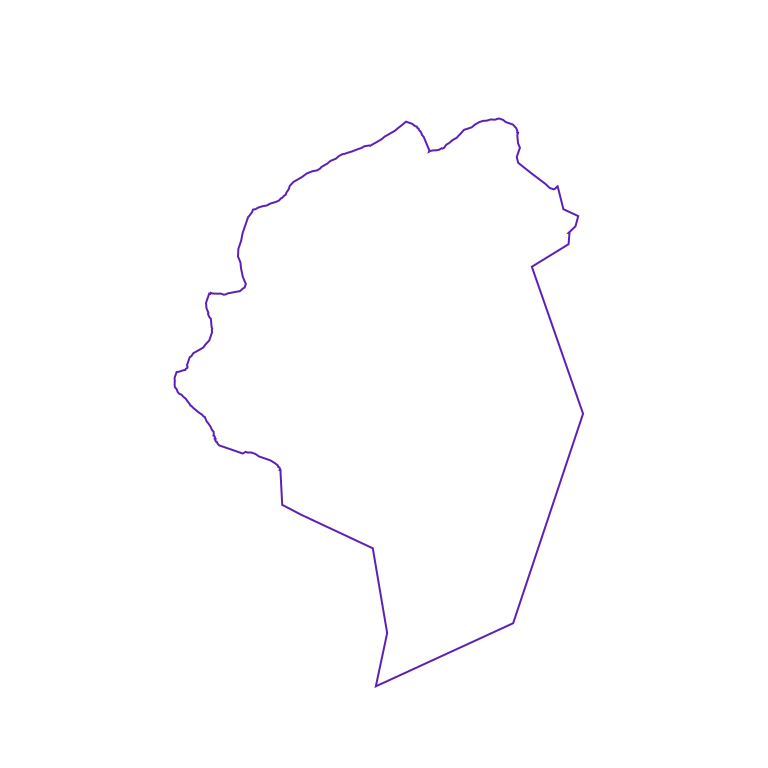 Karoi, Mashonaland West, Zimbabwe (Natural Earth projection), rotated 19°
{"feature_id": "62879985B2724410998329", "entity_name": "Karoi", "entity_type": "district", "adm_level": 2, "iso_a3": "ZWE", "parent_name": "Zimbabwe", "parent_adm1": "Mashonaland West", "projection": "natural_earth1", "projection_center": [29.682, -16.822], "detail": "fine", "context": "isolated", "style": "outline", "palette": "violet", "viewbox_px": 768, "rotation_deg": 19, "n_neighbors": 0, "source": "geoboundaries", "source_scale": "gbopen_adm2", "svg_char_len": 3395}
<svg xmlns="http://www.w3.org/2000/svg" viewBox="0 0 768 768"><g transform="rotate(19 384 384)"><path d="M372.6,127.5L369.3,131.2L367.2,134.9L365.0,137.4L363.9,141.1L362.8,142.3L361.8,142.3L359.6,144.8L358.7,145.2L357.4,146.0L354.2,147.2L352.0,148.5L350.9,149.7L350.9,148.5L349.8,147.2L347.6,144.8L341.1,137.4L338.9,136.2L337.9,134.9L336.8,133.7L334.6,132.5L333.5,131.2L332.4,131.2L331.3,130.0L329.2,130.0L325.9,128.8L320.5,128.8L319.4,128.8L317.2,132.5L314.0,137.4L311.8,141.1L308.5,144.8L306.4,147.3L304.2,149.7L302.0,153.4L298.8,157.1L296.6,159.6L295.5,160.8L293.4,163.3L292.3,163.3L290.1,164.5L287.9,165.7L285.8,168.2L282.5,170.7L278.2,174.4L274.9,176.8L271.7,179.3L269.5,180.5L267.3,183.0L265.1,186.7L260.8,190.4L258.6,194.1L256.5,196.5L254.3,199.0L253.2,201.5L251.0,203.9L246.7,206.4L242.4,210.1L239.1,215.0L234.8,219.9L232.6,222.4L231.5,224.9L230.4,227.3L230.5,231.0L229.4,234.7L229.4,237.2L228.3,238.4L227.2,240.9L226.1,242.1L225.0,244.6L224.0,245.8L220.7,248.3L217.4,250.7L215.3,253.2L210.9,255.7L207.7,258.1L205.5,260.6L203.3,261.8L203.3,264.3L202.2,268.0L201.2,270.4L201.2,274.1L201.2,279.1L201.2,282.8L201.2,287.7L202.3,295.1L202.3,298.8L202.3,303.7L203.4,307.4L204.5,311.1L206.7,313.5L208.8,316.0L211.0,320.9L215.4,328.3L217.5,330.8L219.7,333.2L220.8,334.4L220.8,335.7L220.8,338.1L219.7,339.4L217.6,343.1L213.2,345.5L208.9,348.0L206.7,349.2L205.6,350.5L203.5,351.7L200.2,351.7L196.9,352.9L192.6,354.2L190.4,354.2L190.4,355.4L189.3,355.4L189.3,356.6L189.3,361.5L189.3,365.2L190.4,367.7L191.5,370.2L194.8,373.9L194.8,375.1L195.9,376.3L197.0,377.5L199.1,378.8L200.2,381.2L201.3,383.7L202.4,386.2L203.5,387.4L203.5,388.6L204.6,391.1L204.6,394.8L204.6,396.0L204.6,399.7L203.5,402.2L202.4,404.6L201.3,408.3L198.1,412.0L195.9,414.5L193.7,416.9L192.7,420.6L191.6,421.9L191.6,425.6L191.6,427.0L191.6,429.3L191.6,430.5L192.7,431.7L192.7,432.9L191.6,434.2L191.6,435.4L189.4,436.6L186.2,439.1L184.0,440.3L184.0,442.4L184.0,444.0L184.0,445.3L184.0,446.5L185.1,449.0L186.2,452.7L187.3,455.1L189.5,456.3L191.6,458.8L193.8,460.0L196.0,460.0L198.2,461.3L201.4,462.5L204.7,464.9L206.8,466.2L207.9,467.4L209.0,467.4L211.2,468.6L217.7,471.1L222.1,472.3L224.2,473.5L225.3,473.5L226.4,474.8L227.4,475.9L228.6,477.2L230.8,478.5L234.0,480.9L236.2,483.4L238.4,484.6L239.5,487.1L239.5,488.3L240.5,488.3L241.6,489.5L241.6,490.8L242.7,490.8L242.7,492.0L243.8,493.2L244.9,493.2L246.0,494.5L248.1,495.7L254.7,495.7L266.6,495.7L273.1,495.7L274.2,494.4L275.3,493.2L277.5,493.2L280.7,492.0L285.1,492.0L289.4,493.2L295.9,493.2L297.0,493.2L301.4,493.2L306.8,494.4L310.1,495.6L311.1,496.9L312.2,496.9L313.3,498.1L313.3,499.3L314.4,499.3L314.4,499.9L327.1,531.4L348.2,534.6L426.9,543.0L468.1,618.5L474.7,672.5L584.0,568.1L582.6,421.4L581.9,347.3L485.6,225.0L513.0,191.7L510.3,181.2L509.2,181.3L513.7,172.5L513.0,162.0L496.7,160.3L483.8,140.5L483.4,141.0L482.3,143.4L481.2,144.7L476.9,144.7L471.4,142.2L456.2,137.3L438.9,131.2L435.6,126.2L435.6,125.0L435.6,122.5L435.6,121.3L435.6,120.1L435.6,118.8L435.6,116.4L434.5,115.1L432.3,112.7L431.2,110.2L430.1,107.8L429.0,105.3L429.0,104.1L429.0,102.8L427.9,102.8L427.9,101.6L426.9,100.4L425.8,99.1L423.6,97.9L421.4,96.7L418.2,96.7L413.8,96.7L410.6,95.5L408.4,95.5L406.2,95.5L403.0,97.9L398.6,99.2L395.4,101.6L392.1,102.9L388.9,105.3L385.6,109.0L383.4,112.7L380.2,115.2L376.9,117.6L374.8,122.6L373.6,125.1L372.6,127.5Z" fill="none" stroke="#5b21b6" stroke-width="2"/></g></svg>